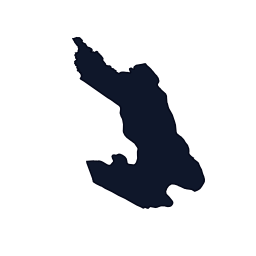 Momostenango, Totonicapán, Guatemala, rotated 301°
{"feature_id": "79465075B37040053715230", "entity_name": "Momostenango", "entity_type": "district", "adm_level": 2, "iso_a3": "GTM", "parent_name": "Guatemala", "parent_adm1": "Totonicapán", "projection": "equal_earth", "projection_center": [-91.39, 15.11], "detail": "fine", "context": "isolated", "style": "filled", "palette": "ink", "viewbox_px": 256, "rotation_deg": 301, "n_neighbors": 0, "source": "geoboundaries", "source_scale": "gbopen_adm2", "svg_char_len": 4600}
<svg xmlns="http://www.w3.org/2000/svg" viewBox="0 0 256 256"><g transform="rotate(301 128 128)"><path d="M153.1,54.1L153.1,54.5L153.2,54.9L153.1,55.3L152.8,55.5L152.6,55.4L151.7,54.9L151.5,55.0L151.3,55.2L151.2,55.9L151.4,56.3L151.7,56.7L151.7,57.1L151.1,57.5L150.8,57.9L150.8,58.4L151.1,58.6L151.1,59.1L150.8,59.3L150.2,59.6L149.7,61.0L149.3,61.1L148.7,61.2L148.3,61.7L147.5,61.8L146.5,61.8L145.9,61.8L145.7,62.2L145.7,66.3L143.7,95.0L143.7,98.5L143.1,106.0L143.0,107.9L142.9,108.8L142.7,109.6L142.4,110.2L142.2,110.7L141.8,111.1L140.6,112.1L136.9,113.7L134.7,116.1L133.2,118.6L132.3,119.5L129.0,122.4L126.0,124.1L124.4,125.0L123.4,125.5L122.3,126.3L121.4,127.6L120.4,129.2L120.0,130.5L119.5,132.1L118.6,141.6L118.2,142.5L117.5,143.9L116.5,146.2L115.5,147.5L112.6,148.5L109.7,150.3L107.2,152.0L106.0,152.4L104.7,152.7L103.7,153.0L102.2,153.2L100.8,153.0L99.9,152.7L99.2,152.1L97.2,147.8L97.0,146.7L97.0,146.0L97.2,145.5L97.5,145.1L98.5,144.2L99.2,143.6L100.5,142.3L101.4,140.1L101.6,137.4L101.3,135.0L100.8,133.8L98.3,131.9L97.8,130.4L97.5,129.8L96.8,129.1L95.6,129.0L94.2,130.4L92.8,132.5L92.1,133.0L91.4,133.1L88.1,132.5L87.3,132.4L86.7,132.0L86.1,131.2L85.7,130.2L85.5,128.7L85.5,123.9L85.3,122.2L84.9,120.7L84.5,119.9L84.3,119.9L82.6,116.9L82.0,115.9L82.0,115.6L81.1,114.3L78.1,110.0L77.0,110.9L70.2,119.4L66.4,124.1L65.6,124.6L64.9,125.7L64.4,125.8L64.2,126.2L64.1,129.6L64.5,134.2L64.8,135.4L64.7,139.5L65.4,147.0L65.6,154.5L66.3,161.3L66.7,175.4L67.3,180.0L67.3,181.9L67.6,182.6L69.0,183.0L69.3,185.7L69.7,186.5L72.0,187.1L72.3,187.4L72.5,187.9L74.2,192.4L75.3,193.7L76.3,194.4L78.3,196.1L79.0,197.1L79.8,198.6L80.5,199.6L80.5,200.2L80.9,201.4L81.3,202.5L82.5,204.1L83.5,204.8L84.3,205.0L85.2,205.1L85.9,205.1L86.6,204.9L87.3,204.5L87.7,204.0L88.0,203.5L89.8,198.6L90.8,194.7L92.8,192.8L96.3,192.1L99.7,192.4L102.7,194.0L104.1,196.8L104.8,199.6L104.9,201.9L105.1,202.3L105.6,207.4L105.8,208.2L106.2,208.8L106.2,209.4L107.6,212.6L108.1,213.8L108.3,214.3L108.3,217.7L110.6,219.4L112.5,220.4L113.2,220.7L115.9,221.0L120.1,221.0L121.4,220.8L122.9,220.0L123.8,219.3L124.1,218.9L125.0,218.1L126.5,216.1L127.7,214.7L130.0,212.3L131.5,209.7L133.2,207.3L134.0,206.4L134.4,204.7L135.0,199.2L135.8,199.4L135.9,197.1L136.6,194.3L137.6,192.9L139.4,192.0L141.3,190.7L143.7,187.8L144.9,184.5L146.4,181.8L147.5,178.0L147.5,176.4L148.1,172.5L149.2,171.2L154.9,167.0L156.7,165.1L157.9,163.8L158.2,163.4L161.8,159.2L163.0,157.2L165.3,153.1L166.5,151.6L166.8,151.3L169.1,149.0L169.7,148.1L173.7,145.3L175.1,144.4L176.4,142.6L177.5,136.9L178.2,135.0L178.4,133.5L179.5,131.2L180.7,130.4L183.3,130.4L184.1,130.1L186.2,128.0L186.4,127.2L186.7,126.6L187.1,126.2L187.9,123.2L189.3,119.6L189.3,118.9L189.9,117.7L190.5,115.3L191.1,111.8L191.9,110.0L191.4,109.1L189.8,107.5L185.9,102.9L183.7,102.0L182.7,102.2L182.1,102.8L181.4,102.7L180.8,101.7L180.9,100.1L180.4,99.4L179.6,99.0L178.9,99.4L177.8,101.0L177.1,101.5L176.4,101.5L175.7,100.7L175.4,99.4L174.6,98.0L173.6,95.7L172.4,93.8L171.5,93.0L170.5,92.7L169.7,91.7L169.8,90.4L169.5,89.6L169.8,88.8L170.7,88.2L170.6,86.1L171.0,85.2L170.9,84.5L170.5,84.1L170.5,83.0L170.7,82.3L171.3,81.9L171.7,81.3L171.5,79.9L171.1,79.4L170.5,79.2L170.6,78.0L170.3,77.1L170.4,76.2L171.2,75.5L172.8,71.3L173.4,70.8L174.1,70.9L174.7,70.5L175.9,67.6L175.9,67.0L176.0,66.5L176.2,66.1L176.5,65.7L176.5,65.0L176.5,64.6L176.4,64.2L176.6,63.7L176.9,63.5L177.1,63.3L177.4,62.8L177.5,62.2L177.4,61.8L177.1,61.4L176.9,61.3L176.4,61.2L176.0,61.1L175.7,61.0L175.4,60.7L175.3,59.9L175.3,59.5L175.2,59.1L174.8,58.7L174.6,58.3L174.4,57.9L174.1,57.4L174.1,57.0L174.4,56.5L174.7,56.5L175.0,56.8L175.3,57.1L175.7,57.2L176.1,57.1L176.6,56.6L176.8,56.2L176.9,55.8L176.9,55.3L176.9,53.9L176.8,53.3L176.6,52.8L176.5,52.3L176.4,52.0L176.4,51.6L176.4,51.3L176.5,50.8L176.7,50.4L176.9,50.1L177.1,49.7L177.2,49.4L177.5,48.9L177.8,48.6L178.0,48.1L177.9,47.6L177.8,46.8L177.7,46.4L177.7,45.7L177.9,45.0L178.0,44.7L178.2,44.3L178.5,43.9L178.9,43.6L179.4,43.6L180.2,40.6L180.2,40.2L180.2,39.8L180.0,39.4L179.4,38.6L179.2,38.1L179.0,37.5L178.5,37.1L177.9,36.6L177.0,35.9L176.6,35.6L176.4,35.4L176.2,35.0L175.7,35.7L175.1,37.1L174.2,38.3L173.7,39.7L173.0,41.2L172.3,44.0L171.5,44.0L170.6,45.2L168.8,45.5L168.4,46.0L167.8,46.1L166.4,46.0L165.3,44.6L165.0,45.0L164.7,45.4L163.2,45.0L162.8,45.5L162.3,47.0L161.6,46.9L161.2,47.1L161.0,47.6L161.0,48.6L160.7,49.0L159.5,48.9L157.8,48.3L157.4,48.3L156.9,49.0L156.2,49.0L155.9,49.3L155.7,50.4L155.4,50.6L155.2,50.7L154.9,51.1L155.0,51.4L155.1,51.7L154.9,52.4L154.7,52.7L154.5,53.0L153.8,53.0L153.4,53.2L153.1,54.1Z" fill="#0f172a" stroke="#020617" stroke-width="1.5"/></g></svg>